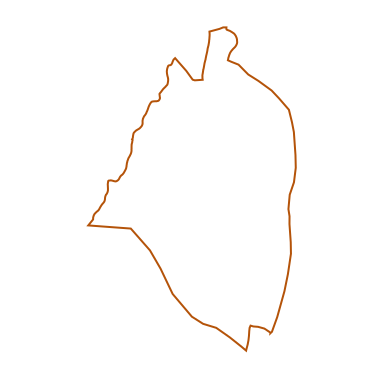 Talvern/Babonneau, Castries, Saint Lucia (Albers equal-area conic projection), rotated 266°
{"feature_id": "8701671B96630840865992", "entity_name": "Talvern/Babonneau", "entity_type": "district", "adm_level": 2, "iso_a3": "LCA", "parent_name": "Saint Lucia", "parent_adm1": "Castries", "projection": "albers", "projection_center": [-60.941, 13.997], "detail": "fine", "context": "isolated", "style": "outline", "palette": "amber", "viewbox_px": 384, "rotation_deg": 266, "n_neighbors": 0, "source": "geoboundaries", "source_scale": "gbopen_adm2", "svg_char_len": 6073}
<svg xmlns="http://www.w3.org/2000/svg" viewBox="0 0 384 384"><g transform="rotate(266 192 192)"><path d="M45.7,260.4L47.0,262.0L61.3,268.3L86.6,277.3L103.2,281.9L113.1,284.1L123.5,286.4L135.1,287.0L153.3,287.0L161.0,287.6L168.2,287.0L182.5,289.3L194.6,294.4L208.9,297.2L221.6,297.8L244.7,297.8L254.6,296.6L267.3,294.4L279.4,285.3L287.7,278.5L298.2,266.0L305.3,256.3L315.8,247.3L319.1,240.4L320.9,237.0L322.3,237.4L323.2,237.6L323.5,237.7L324.1,238.0L324.4,238.1L324.7,238.2L326.5,238.9L326.8,239.1L327.0,239.2L327.5,239.4L327.9,239.6L328.2,239.8L329.2,240.5L329.8,241.0L330.3,241.4L330.5,241.6L330.8,242.0L331.1,242.2L331.6,242.7L332.2,243.4L332.4,243.6L332.8,244.1L333.6,245.0L333.8,245.2L334.3,245.6L334.8,246.0L335.0,246.2L335.3,246.3L335.9,246.7L336.1,246.8L336.5,247.0L337.0,247.2L337.3,247.3L337.6,247.4L338.2,247.5L338.8,247.5L339.1,247.5L340.1,247.5L340.4,247.5L340.6,247.5L341.4,247.5L341.7,247.4L342.4,247.3L342.8,247.2L343.9,246.8L345.0,246.4L345.3,246.2L346.1,245.7L346.6,245.4L347.3,244.8L347.9,244.0L348.1,243.7L348.4,243.4L349.6,241.7L350.1,241.0L350.5,240.1L350.9,239.2L351.0,239.0L351.3,238.4L351.5,238.0L352.0,237.7L352.3,237.7L352.7,237.7L353.3,237.7L353.8,237.8L354.0,234.5L352.8,230.8L350.8,220.6L350.1,220.6L349.8,220.6L348.0,220.6L347.4,220.5L347.1,220.5L346.1,220.4L345.8,220.3L344.9,220.2L343.5,220.0L343.2,220.0L342.6,219.8L341.9,219.7L341.2,219.6L340.6,219.5L340.3,219.4L340.1,219.4L339.7,219.3L339.4,219.2L339.1,219.1L338.7,219.1L337.8,218.8L336.8,218.6L336.2,218.3L335.3,218.1L335.0,217.9L334.5,217.8L334.0,217.6L333.3,217.5L332.7,217.3L332.4,217.3L330.9,216.9L330.5,216.8L329.9,216.6L329.2,216.4L328.2,216.1L327.6,215.9L327.3,215.8L327.0,215.7L325.8,215.4L325.1,215.2L324.8,215.1L323.5,214.8L323.1,214.7L322.6,214.5L322.0,214.3L320.8,213.9L320.5,213.8L319.9,213.6L318.8,213.3L317.9,213.1L315.9,212.6L315.1,212.4L313.7,212.0L313.3,211.8L313.1,211.7L312.7,211.7L311.6,211.4L311.3,211.4L310.9,211.3L310.5,211.2L310.2,211.1L309.9,211.1L309.7,211.0L308.8,210.8L308.5,210.7L307.6,210.5L307.3,210.5L306.6,210.5L306.2,210.4L304.9,210.4L303.8,210.4L303.5,210.5L303.2,210.5L303.2,202.6L304.0,200.5L313.3,194.7L326.7,184.5L326.4,184.2L325.8,183.4L325.5,183.0L325.2,182.8L324.9,182.6L324.7,182.5L323.4,181.8L322.7,181.5L322.1,181.3L321.8,181.1L321.2,180.7L320.9,180.5L320.6,180.3L320.4,180.0L320.1,179.5L319.9,177.8L319.8,177.5L319.5,177.1L319.0,176.8L318.5,176.6L318.3,176.5L317.7,176.3L317.4,176.1L317.1,176.0L316.1,175.7L315.1,175.5L314.3,175.3L312.6,175.3L312.3,175.3L312.0,175.3L311.0,175.4L310.4,175.5L310.1,175.5L308.5,175.8L308.2,175.9L307.3,176.0L307.0,176.0L306.7,176.1L306.1,176.1L305.5,176.0L305.2,176.0L304.3,175.9L303.5,175.7L302.2,175.4L301.6,175.2L301.3,175.1L300.8,174.9L300.0,174.1L299.1,173.1L298.8,172.9L298.1,172.0L297.8,171.7L297.5,171.3L297.0,170.8L296.8,170.5L295.9,169.7L295.1,169.0L294.7,168.7L294.4,168.4L294.1,168.2L293.2,167.3L292.9,167.0L292.6,166.8L292.4,166.6L292.1,166.4L291.1,166.4L290.3,166.5L290.0,166.5L289.0,166.5L288.7,166.6L288.3,166.6L287.7,166.5L287.4,166.5L287.1,166.3L286.4,165.9L285.9,165.5L285.5,165.1L285.3,164.7L285.2,164.3L285.1,163.5L285.0,163.2L285.0,162.9L285.0,162.3L285.1,161.9L285.1,161.2L285.1,160.9L285.1,159.9L285.0,158.9L285.0,158.5L284.4,157.6L284.2,157.3L283.9,157.1L283.5,156.8L282.7,156.2L281.2,155.3L279.6,154.5L278.8,154.2L278.6,154.1L277.6,153.7L276.1,153.0L275.5,152.7L274.9,152.3L273.7,151.8L273.5,151.6L272.8,151.2L271.5,150.1L271.3,149.9L271.0,149.6L270.8,149.4L269.4,148.7L268.9,148.4L268.6,148.2L266.3,147.6L266.0,147.6L265.7,147.6L265.1,147.6L264.4,147.5L263.7,147.5L263.5,147.4L262.9,147.3L262.6,147.1L262.3,147.0L262.0,146.9L261.4,146.5L261.0,146.1L260.7,145.9L259.7,144.8L259.3,144.4L259.0,143.9L258.5,143.1L258.3,142.6L258.0,142.0L257.7,141.4L257.4,140.8L257.1,140.3L256.9,140.1L256.5,139.6L256.3,139.4L255.9,138.9L255.6,138.6L255.4,138.4L255.2,138.2L254.9,138.0L254.6,137.8L254.0,137.6L252.9,137.3L251.7,137.0L250.5,136.8L250.0,136.7L248.7,135.9L248.2,136.4L247.7,136.3L246.8,136.0L246.3,135.9L245.7,135.8L245.3,135.7L244.7,135.4L244.1,135.3L243.7,135.1L243.4,135.1L242.8,135.0L241.6,134.9L240.8,134.8L240.2,134.8L239.9,134.8L239.5,134.7L239.1,134.7L238.8,134.6L237.8,134.6L237.1,134.5L236.8,134.4L236.5,134.4L236.2,134.3L235.2,134.0L234.6,133.7L234.1,133.5L233.3,133.0L232.4,132.5L231.2,131.7L230.2,131.0L229.8,130.8L229.3,130.6L227.9,130.0L227.3,129.7L226.9,129.6L226.1,129.4L225.4,129.1L225.0,129.0L224.3,128.9L223.5,128.7L223.2,128.6L222.3,128.5L221.9,128.4L221.6,128.3L220.8,128.1L220.4,128.0L219.7,127.7L219.2,127.4L218.7,127.1L217.8,126.6L217.3,126.2L217.0,126.0L216.6,125.8L216.0,125.4L215.6,125.1L215.1,124.6L214.7,124.3L214.5,124.1L213.9,123.3L213.7,123.0L213.5,122.6L213.2,122.3L212.9,122.0L212.2,121.4L211.8,121.1L211.3,120.8L211.0,120.6L210.4,120.3L210.1,120.1L209.5,119.6L209.2,119.3L208.9,118.9L208.6,118.5L208.5,118.2L208.2,117.8L208.1,117.4L207.9,116.8L207.9,116.5L208.0,116.2L208.1,115.7L208.1,115.4L208.6,114.1L208.7,113.8L208.9,113.2L209.1,112.6L209.2,112.1L209.3,111.5L209.2,111.1L209.2,110.7L209.2,110.4L209.2,109.8L208.9,109.3L208.6,109.1L207.9,109.0L206.6,108.7L205.5,108.5L204.6,108.5L201.2,108.4L200.1,108.3L199.7,108.3L198.8,108.1L198.0,107.8L197.6,107.7L197.3,107.5L196.9,107.3L196.7,107.2L196.4,107.0L195.8,106.6L195.4,106.1L195.1,105.9L194.6,105.7L194.2,105.5L193.9,105.3L193.2,105.1L192.5,104.9L191.2,104.7L190.5,104.6L190.2,104.5L189.3,104.2L189.0,104.1L188.7,103.9L188.3,103.7L188.0,103.4L187.7,103.2L187.3,102.8L186.8,102.3L186.6,102.1L185.8,101.3L185.5,101.1L184.9,100.6L184.2,100.1L183.7,99.7L183.0,99.3L182.3,98.8L181.6,98.4L181.3,98.2L180.5,97.6L180.3,97.3L180.0,97.1L179.2,95.9L178.3,94.8L177.4,93.8L177.0,93.4L176.7,93.1L176.1,92.8L175.6,92.4L175.0,92.2L174.7,92.1L174.0,91.8L173.7,91.7L173.3,91.6L171.5,91.4L165.9,86.2L163.8,100.6L159.8,128.4L136.7,146.0L117.7,155.3L91.6,165.6L67.6,183.2L59.7,193.9L54.8,206.7L44.3,219.6L34.1,230.7L30.0,234.9L31.6,235.4L36.0,236.9L40.2,238.0L44.6,238.8L49.2,239.4L52.5,240.0L54.6,241.1L53.6,243.8L52.9,248.5L50.7,254.7L46.2,260.5L45.7,260.4Z" fill="none" stroke="#b45309" stroke-width="2"/></g></svg>